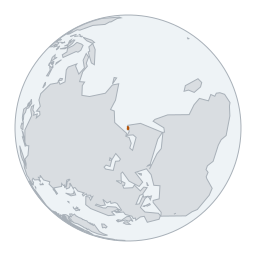 Muscat on an orthographic globe, rotated 221°
{"feature_id": "OMN-2426", "entity_name": "Muscat", "entity_type": "Province", "adm_level": 1, "iso_a3": "OMN", "parent_name": "Oman", "parent_adm1": "", "projection": "orthographic", "projection_center": [58.687, 23.254], "detail": "coarse", "context": "on_globe", "style": "filled", "palette": "amber", "viewbox_px": 256, "rotation_deg": 221, "n_neighbors": 0, "source": "natural_earth", "source_scale": "10m", "svg_char_len": 9962}
<svg xmlns="http://www.w3.org/2000/svg" viewBox="0 0 256 256"><g transform="rotate(221 128 128)"><circle cx="128" cy="128" r="113" fill="#eef3f6" stroke="#a8b0b8"/><path d="M165.4,21.7L166.5,22.2L164.9,21.7L159.6,20.0L158.5,19.7L161.5,20.8L161.8,21.2L157.5,19.7L157.6,20.3L148.8,18.3L138.6,16.0L132.5,15.7L118.7,15.8L113.4,16.4L111.5,16.8L109.5,17.0L111.9,17.0L112.7,17.0L111.8,17.4L109.0,17.6L109.1,17.4L107.8,17.7L106.9,17.7L106.8,17.9L103.6,18.3L105.3,18.4L101.6,19.2L99.9,19.4L102.0,18.7L102.5,18.3L110.3,16.8L118.3,15.8L126.2,15.4L134.2,15.5L142.1,16.2L150.0,17.5L157.8,19.4L165.4,21.7ZM88.6,22.5L88.7,22.4L92.2,21.3L89.6,22.3L85.2,24.1L82.2,25.2L80.2,26.2L81.4,26.0L74.2,29.4L66.7,34.1L65.0,35.0L64.8,34.8L66.4,33.7L73.5,29.4L80.9,25.7L88.6,22.5ZM167.0,22.4L168.0,22.7L168.3,22.9L167.0,22.4ZM93.4,20.9L92.8,21.1L92.4,21.2L93.4,20.9ZM95.4,20.2L96.4,19.9L95.4,20.2ZM166.2,22.3L166.4,22.6L165.2,22.0L166.2,22.3ZM95.2,20.4L98.1,19.4L99.9,18.9L101.2,18.8L95.2,20.4ZM165.9,22.6L166.4,23.7L168.7,24.4L162.5,23.1L164.1,22.5L162.4,21.5L164.5,22.3L165.9,22.6ZM113.0,16.8L110.6,17.0L113.5,16.6L113.0,16.8ZM114.6,16.5L122.3,15.6L125.3,15.6L122.1,15.8L126.8,15.8L124.6,16.2L121.5,16.3L119.9,16.1L120.3,16.5L114.6,16.5ZM159.1,22.4L158.4,22.5L158.1,22.1L159.1,22.4ZM113.2,17.0L114.5,16.8L117.3,16.7L115.2,17.3L115.0,17.1L113.2,17.0ZM129.1,15.7L130.8,15.9L129.5,16.2L129.9,16.4L124.8,16.2L129.1,15.7ZM113.9,17.3L114.1,17.6L112.0,18.0L112.2,17.3L113.9,17.3ZM118.8,16.5L120.0,16.5L118.7,16.7L118.8,16.5ZM104.5,19.8L105.9,19.3L107.5,19.2L104.5,19.8ZM114.3,17.7L115.1,17.6L115.9,17.5L115.6,17.9L114.3,17.7ZM124.2,16.5L123.2,16.7L126.2,16.6L125.3,17.0L122.0,16.9L123.0,17.2L122.8,17.3L120.4,17.1L124.2,16.5ZM117.6,18.1L113.1,18.4L110.1,19.3L108.6,19.4L113.8,17.9L117.6,18.1ZM119.4,17.5L118.0,17.9L116.9,17.7L117.2,17.3L119.4,17.5ZM125.9,17.4L128.1,16.8L128.7,16.9L125.9,17.4ZM116.9,18.4L118.0,18.3L116.8,18.5L116.9,18.4ZM123.3,17.7L124.0,17.4L124.8,17.5L123.3,17.7ZM119.6,18.5L118.2,18.6L118.4,18.3L119.6,18.5ZM121.5,18.2L122.3,18.4L119.3,18.1L121.7,18.0L121.5,18.2ZM123.9,17.8L124.5,17.8L123.5,17.9L123.9,17.8ZM119.7,19.8L115.9,19.6L116.3,18.9L120.0,19.1L119.7,19.8ZM22.6,130.5L22.2,111.9L24.7,106.9L26.7,99.6L45.4,83.0L47.6,86.1L60.2,88.3L61.5,89.8L58.0,95.0L66.0,105.4L70.9,101.7L80.0,108.0L87.3,109.3L93.4,99.2L81.4,96.8L81.3,91.2L92.4,88.6L103.2,91.2L103.5,89.1L98.3,83.5L102.4,80.4L96.7,81.4L97.8,83.7L94.2,84.5L93.0,82.4L94.5,81.3L91.7,79.8L85.3,86.0L85.7,89.1L77.4,88.6L77.3,93.7L74.5,95.5L73.6,87.4L74.9,84.9L71.9,75.6L69.7,78.1L72.4,87.2L70.8,86.1L67.9,90.1L68.9,86.2L66.5,76.2L60.1,75.7L49.1,83.6L46.0,83.0L44.7,79.5L51.6,69.5L57.8,72.0L60.3,69.0L61.6,63.5L63.3,64.9L64.6,63.1L67.2,64.0L73.3,61.0L76.3,61.6L81.0,56.6L83.2,56.3L79.8,59.3L79.0,61.8L86.7,63.9L88.9,63.2L91.4,59.9L93.2,61.1L94.6,57.7L100.2,57.7L94.6,55.0L97.3,51.6L102.0,49.8L101.9,48.3L94.3,51.4L92.2,53.1L92.0,55.3L85.3,60.3L82.1,60.5L85.3,53.9L81.1,53.6L85.3,49.0L103.3,42.7L109.6,42.4L114.9,48.7L112.1,50.4L108.8,48.9L109.7,53.3L110.6,51.5L112.1,52.7L115.2,50.1L116.4,50.9L117.2,47.3L119.0,48.0L118.5,50.2L124.5,47.5L128.9,48.3L129.7,47.4L129.3,46.2L135.2,48.3L135.5,47.6L133.7,46.5L133.1,44.4L134.4,41.7L136.4,42.6L136.2,43.7L138.7,47.6L137.9,50.7L138.8,50.8L140.0,48.4L136.9,43.6L137.1,41.7L139.0,43.7L138.4,42.9L139.1,42.2L141.7,42.6L139.8,40.3L145.2,33.5L150.7,33.8L151.8,36.1L157.6,33.4L163.4,34.7L161.7,33.6L163.3,32.0L161.6,31.6L160.9,31.0L164.3,27.6L166.7,27.8L166.2,25.8L165.4,25.4L163.6,25.1L162.5,23.1L168.7,24.4L170.4,25.3L173.1,25.9L176.5,28.0L180.5,30.3L182.7,32.8L185.7,34.6L186.4,34.6L191.1,37.4L198.2,43.6L189.2,38.4L178.0,30.6L182.3,33.6L180.4,32.9L181.3,34.1L184.5,36.4L185.4,36.6L185.6,41.8L191.2,49.5L193.1,48.0L196.4,49.6L204.5,58.8L208.8,74.2L213.2,77.8L214.8,80.7L214.1,83.4L211.6,79.1L209.0,78.3L207.7,75.7L205.7,79.1L203.8,75.5L203.1,80.2L205.6,82.6L208.1,80.7L208.4,86.8L213.6,90.7L216.4,96.8L215.3,110.1L210.8,115.7L210.9,117.8L208.0,116.4L205.8,121.5L212.7,131.4L213.1,134.8L208.7,142.8L208.3,140.4L200.5,136.4L200.3,144.7L206.3,149.7L208.4,156.8L204.3,155.7L202.0,149.5L199.2,147.9L199.1,140.8L195.0,131.2L190.9,134.2L190.3,130.0L184.2,122.4L177.7,126.5L167.9,139.4L168.0,150.2L164.0,155.3L155.7,140.8L153.3,130.5L149.5,131.8L141.6,123.4L125.7,123.1L124.2,120.3L121.0,121.6L115.6,118.6L113.5,114.0L109.9,114.1L115.7,126.2L119.6,126.2L123.9,121.8L124.7,126.0L130.0,129.8L121.6,139.7L99.2,147.2L98.2,139.1L87.5,115.2L88.5,112.7L88.4,111.9L86.2,115.7L84.8,111.1L89.2,127.5L89.4,134.3L98.8,147.7L97.7,148.8L101.1,151.7L113.5,149.6L113.3,152.2L106.7,163.9L90.6,178.2L93.4,188.8L93.5,197.2L85.1,201.3L87.5,207.6L83.3,208.9L84.2,212.2L81.8,214.9L77.2,216.8L67.7,214.1L65.8,211.1L59.0,203.9L49.0,186.7L50.0,180.3L48.6,174.3L41.9,158.7L43.3,151.6L41.8,147.8L38.5,147.1L37.0,142.5L35.2,141.4L24.9,137.7L22.6,130.5ZM36.9,93.1L35.9,95.1L36.9,93.1ZM113.3,99.6L120.5,100.7L119.4,93.7L122.1,93.7L120.8,91.4L119.3,93.2L116.3,87.2L120.2,85.6L120.4,82.8L118.0,82.3L111.3,86.3L115.6,94.7L113.0,97.3L113.3,99.6ZM59.1,39.2L56.2,41.4L58.3,39.7L57.7,40.0L61.4,37.2L64.4,35.4L62.4,36.6L59.1,39.2ZM69.1,53.3L69.1,54.9L66.9,56.6L63.1,56.7L66.3,54.1L69.1,53.3ZM69.7,56.7L73.9,50.6L76.4,50.6L74.3,51.6L75.5,52.2L72.4,54.0L70.8,60.3L68.8,62.3L62.9,60.8L65.9,60.1L65.7,58.5L69.7,56.7ZM80.0,37.9L81.8,36.0L84.9,38.3L82.9,39.8L79.0,39.7L79.1,37.9L80.0,37.9ZM96.9,20.6L97.4,20.3L98.1,20.1L98.3,20.3L96.9,20.6ZM105.0,19.6L95.5,22.1L95.6,21.7L89.9,24.0L87.9,24.1L91.6,22.6L85.9,24.5L88.5,23.2L84.5,24.7L93.1,21.4L95.2,20.5L93.6,21.3L95.3,21.2L96.7,20.9L102.3,19.5L107.6,17.9L110.2,17.8L110.7,18.2L109.8,18.5L108.3,18.4L108.2,19.0L105.4,19.1L105.0,19.6ZM114.0,26.4L112.7,25.4L111.9,27.9L109.2,27.5L109.2,27.8L106.5,28.2L103.3,29.4L102.3,29.0L101.5,29.7L99.6,30.1L98.2,30.9L95.9,30.6L94.0,31.6L94.0,30.9L91.2,32.8L92.3,31.3L90.0,31.9L90.2,33.0L81.7,31.1L77.3,32.0L73.1,33.7L75.5,31.3L81.1,28.4L87.7,26.0L91.6,25.7L92.0,24.8L93.9,24.5L92.8,25.3L95.7,24.0L97.1,24.0L103.0,22.7L106.4,21.1L108.6,20.7L107.9,21.4L110.7,20.6L110.9,21.7L112.5,21.5L114.3,22.5L112.1,24.1L114.1,23.8L115.6,24.8L114.0,26.4ZM120.1,20.1L118.1,21.8L115.6,22.5L113.4,20.4L111.9,20.4L110.4,19.5L114.1,18.5L114.2,18.9L115.1,19.0L113.6,19.2L115.5,19.1L115.7,19.7L117.2,19.8L116.1,20.3L120.1,20.1ZM64.1,88.4L65.3,89.0L67.5,89.4L65.7,92.1L64.1,88.4ZM62.3,81.5L63.6,81.6L62.1,85.2L60.9,84.7L62.3,81.5ZM65.6,78.6L63.8,81.3L64.0,79.5L65.6,78.6ZM81.1,59.2L82.6,59.2L82.2,60.0L80.8,61.0L81.1,59.2ZM110.9,34.8L110.6,33.9L111.4,33.7L112.9,31.5L115.1,31.8L115.0,33.2L110.9,34.8ZM90.6,100.6L87.8,102.3L87.0,101.1L88.1,100.7L90.6,100.6ZM75.6,97.2L78.4,99.3L75.0,97.9L75.6,97.2ZM113.5,34.8L113.9,33.8L114.8,34.6L113.5,34.8ZM116.7,31.9L117.9,32.6L115.5,31.6L116.7,31.9ZM141.2,234.6L142.6,235.1L140.7,235.3L141.2,234.6ZM112.5,197.6L107.5,211.1L102.2,210.7L100.2,206.6L101.4,198.3L107.2,196.3L109.8,192.5L112.5,197.6ZM224.5,166.9L226.0,166.4L225.9,166.9L224.5,166.9ZM222.9,166.3L224.8,165.4L222.4,167.5L222.9,166.3ZM225.6,165.0L227.6,163.0L228.4,161.7L228.1,162.8L225.6,165.0ZM221.5,167.0L213.0,170.5L209.4,170.6L210.4,168.6L216.3,166.8L221.5,167.0ZM210.1,168.6L204.3,165.7L194.9,153.7L198.3,153.1L207.9,159.2L207.3,160.9L210.8,163.6L210.1,168.6ZM223.4,154.3L222.7,159.1L218.2,160.8L216.1,160.9L214.6,155.7L215.5,152.4L217.3,151.7L223.3,138.6L225.6,140.1L224.0,145.3L225.8,148.4L223.4,154.3ZM168.6,151.1L171.6,157.0L169.4,158.3L168.6,151.1ZM224.9,130.2L223.0,135.9L224.4,128.9L224.9,130.2ZM225.2,123.9L225.7,126.1L224.4,124.4L225.2,123.9ZM211.7,121.0L209.8,122.3L209.3,120.7L211.5,118.1L211.7,121.0ZM218.6,102.2L220.1,106.8L220.3,108.6L218.7,106.1L218.6,102.2ZM132.4,37.9L127.9,40.4L126.1,42.8L127.3,45.0L123.6,43.2L126.5,39.4L132.4,37.9ZM143.4,33.9L142.3,32.3L144.0,32.5L144.5,32.9L143.4,33.9ZM141.8,33.2L138.2,32.3L138.4,31.1L141.2,32.1L141.8,33.2ZM125.7,33.0L124.2,33.6L123.6,33.0L125.7,33.0ZM219.8,193.2L219.7,193.4L207.3,206.0L205.5,206.6L208.0,203.6L210.5,196.7L211.3,196.4L213.3,191.1L221.8,182.4L228.5,170.3L230.8,168.8L234.1,160.2L235.7,158.5L233.9,164.6L234.1,165.7L238.1,151.9L237.5,154.3L235.2,162.5L232.3,170.6L228.7,178.5L224.5,186.0L219.8,193.2ZM228.3,165.0L230.8,160.2L231.8,159.1L228.3,165.0ZM239.3,145.1L239.4,144.8L238.5,149.4L237.4,151.6L238.0,148.9L238.2,146.0L236.2,147.4L235.8,145.9L236.7,143.5L235.0,143.6L236.9,140.7L237.5,144.2L238.4,139.7L239.5,138.6L240.1,138.1L240.1,139.1L239.3,145.1ZM236.4,150.2L236.7,149.9L236.3,151.5L236.4,150.2ZM232.5,150.1L232.3,151.3L231.8,150.9L232.5,150.1ZM233.3,148.7L235.0,148.6L233.1,149.9L233.3,148.7ZM227.0,148.8L227.7,151.2L229.8,148.1L228.1,151.7L229.3,155.5L228.7,157.6L227.6,153.4L226.8,158.9L225.8,159.4L225.5,155.2L226.6,149.2L227.6,146.4L231.3,143.1L227.0,148.8ZM233.4,145.3L232.9,142.3L233.3,139.8L233.8,141.2L233.4,145.3ZM231.0,135.4L229.1,132.6L227.8,134.9L230.0,127.8L231.5,131.7L231.0,135.4ZM228.7,127.8L227.5,130.0L228.4,126.0L228.7,127.8ZM227.0,128.9L226.4,126.3L227.5,126.0L227.0,128.9ZM229.4,127.5L228.9,122.8L229.8,125.2L229.4,127.5ZM224.7,120.6L228.0,123.6L224.5,123.5L222.3,114.9L223.7,114.0L224.7,120.6ZM219.3,82.2L217.8,80.0L218.4,78.8L219.3,80.6L219.3,82.2ZM219.1,73.8L218.1,77.9L217.1,81.5L218.3,82.1L219.8,86.4L216.9,83.5L216.2,78.0L217.3,76.0L215.7,72.6L215.3,69.6L212.6,65.9L211.8,63.8L214.7,66.7L219.1,73.8ZM211.3,64.4L206.3,57.8L208.4,57.5L209.9,58.9L211.3,61.9L210.2,61.9L211.3,64.4ZM205.7,56.2L204.6,56.1L194.8,48.3L193.3,46.6L201.8,52.0L201.1,52.3L203.1,54.4L205.7,56.2ZM159.6,22.9L158.5,22.5L159.6,22.7L159.6,22.9ZM159.9,30.8L159.1,30.0L160.4,30.1L159.9,30.8ZM157.7,28.0L156.8,28.5L157.0,27.6L157.7,28.0ZM154.8,29.7L156.0,28.5L156.1,30.2L154.8,29.7Z" fill="#d9dde1" stroke="#a8b0b8" stroke-width="1"/><path d="M127.0,127.1L127.3,127.3L127.5,127.3L127.6,127.2L127.8,127.2L127.9,127.3L128.0,127.4L128.1,127.5L128.1,127.4L128.2,127.5L128.3,127.8L128.5,128.0L128.7,128.3L128.8,128.5L129.0,128.6L128.9,128.9L128.3,128.8L127.7,128.5L127.8,128.0L127.4,127.5L127.0,127.6L126.9,127.4L127.0,127.1L127.0,127.1Z" fill="#f59e0b" stroke="#b45309" stroke-width="1.5"/></g></svg>